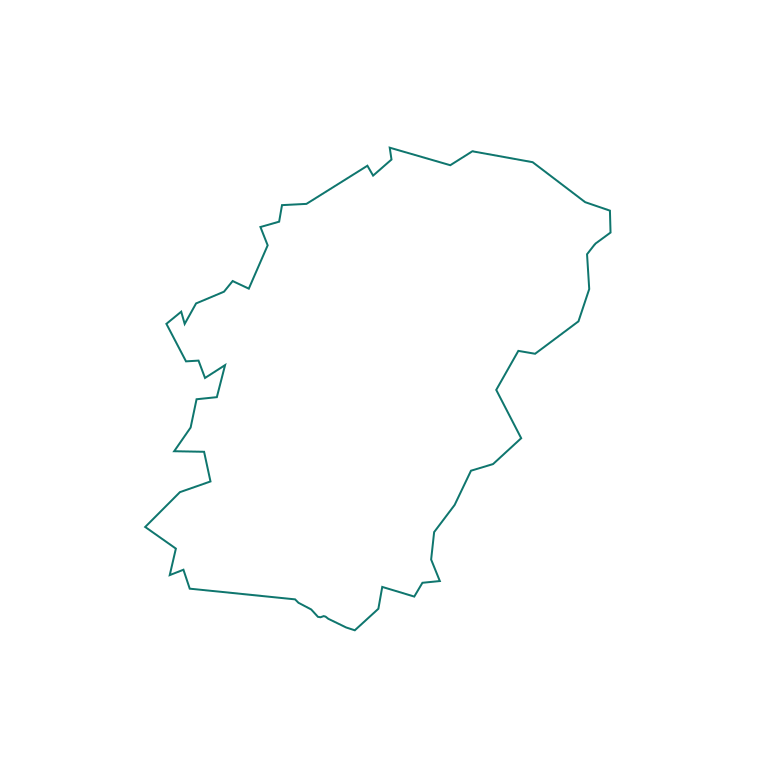 outline of Yancey, North Carolina, United States of America, rotated 247°
{"feature_id": "52423323B67190379796857", "entity_name": "Yancey", "entity_type": "district", "adm_level": 2, "iso_a3": "USA", "parent_name": "United States of America", "parent_adm1": "North Carolina", "projection": "albers", "projection_center": [-82.318, 35.892], "detail": "fine", "context": "isolated", "style": "outline", "palette": "teal", "viewbox_px": 768, "rotation_deg": 247, "n_neighbors": 0, "source": "geoboundaries", "source_scale": "gbopen_adm2", "svg_char_len": 1042}
<svg xmlns="http://www.w3.org/2000/svg" viewBox="0 0 768 768"><g transform="rotate(247 384 384)"><path d="M280.5,489.1L334.7,485.0L362.0,520.6L352.8,534.9L365.7,587.5L391.2,610.0L424.1,621.6L430.0,632.2L430.1,632.8L430.6,633.4L434.9,651.7L455.3,659.7L472.8,640.2L530.1,607.5L563.0,557.3L563.3,557.1L563.5,556.8L563.6,556.5L563.7,556.3L559.5,530.5L599.3,481.6L587.7,478.6L580.1,455.4L591.4,454.0L580.1,383.0L588.5,360.0L574.4,350.9L576.8,331.6L557.1,331.1L524.6,296.8L537.9,284.9L531.5,272.8L531.6,242.5L517.2,224.0L529.8,225.6L524.4,207.2L482.2,210.6L478.0,222.4L459.5,221.6L463.5,245.1L437.2,225.0L443.2,205.5L419.5,189.0L404.1,164.6L391.9,191.9L362.1,186.2L364.2,153.9L345.7,108.3L313.8,128.1L291.8,112.1L291.4,126.8L271.5,125.2L220.5,218.0L216.0,219.8L204.9,228.9L195.5,232.2L194.1,234.4L193.9,237.8L192.7,239.3L189.6,241.0L174.7,254.0L168.7,260.9L179.3,291.0L197.9,303.1L176.5,328.8L186.0,341.7L180.8,358.4L204.0,358.8L228.1,372.3L245.1,401.8L270.2,430.2L267.7,453.1L280.5,489.1Z" fill="none" stroke="#0f766e" stroke-width="2"/></g></svg>